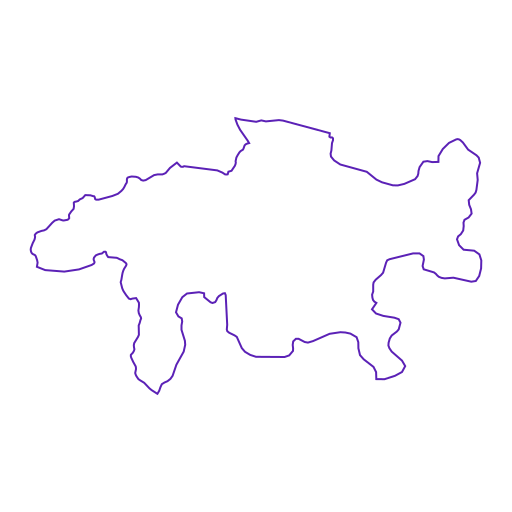 the Canton of Graubünden
{"feature_id": "CHE-170", "entity_name": "Graubünden", "entity_type": "Canton", "adm_level": 1, "iso_a3": "CHE", "parent_name": "Switzerland", "parent_adm1": "", "projection": "robinson", "projection_center": [9.485, 46.618], "detail": "fine", "context": "isolated", "style": "outline", "palette": "violet", "viewbox_px": 512, "rotation_deg": 0, "n_neighbors": 0, "source": "natural_earth", "source_scale": "10m", "svg_char_len": 4563}
<svg xmlns="http://www.w3.org/2000/svg" viewBox="0 0 512 512"><path d="M172.6,375.8L170.4,378.9L167.5,381.2L164.5,382.5L161.8,384.2L160.4,387.3L159.2,390.8L157.4,393.8L157.2,393.7L151.6,390.1L149.4,388.3L144.2,382.8L140.1,380.3L138.4,379.1L136.5,376.3L135.7,374.7L135.2,373.0L136.0,369.1L135.9,367.5L135.7,366.4L133.2,361.9L131.2,357.6L130.8,356.1L130.9,354.8L132.9,352.7L134.0,350.7L134.4,349.2L134.0,347.3L133.8,345.2L134.2,343.1L138.0,336.9L138.9,334.8L138.7,325.5L139.7,322.9L140.5,319.9L141.1,318.6L140.9,317.3L139.7,315.2L138.8,313.1L138.4,310.5L138.9,307.1L139.0,304.6L138.9,302.7L136.1,298.1L132.3,298.6L131.2,299.0L130.7,299.2L128.9,298.6L126.2,295.2L123.6,291.3L122.9,289.9L122.2,288.2L120.7,282.3L120.9,281.3L121.3,280.1L121.6,278.4L122.2,274.8L122.6,272.8L123.3,270.6L124.1,268.8L126.0,265.8L126.5,264.6L126.3,263.6L125.7,262.9L122.4,260.2L119.6,259.2L117.9,258.3L116.7,257.8L108.2,257.1L107.0,255.4L106.3,253.9L106.0,252.2L105.3,251.7L103.9,251.8L101.9,253.5L99.5,253.9L97.5,254.6L95.8,255.4L94.0,257.6L93.6,259.1L93.9,260.5L94.4,261.5L94.5,262.5L94.0,263.5L91.6,265.0L79.0,269.4L64.3,271.6L45.2,270.1L36.9,266.8L37.6,262.6L37.1,260.1L35.8,256.3L35.2,255.3L34.2,254.7L33.1,254.2L32.3,253.7L31.5,252.7L31.0,251.5L30.7,249.7L30.9,248.0L32.7,243.2L34.5,239.6L34.9,238.0L35.1,236.8L34.9,236.0L34.8,235.0L35.7,233.7L37.4,232.4L41.5,230.9L44.0,230.4L46.4,229.2L52.2,222.8L54.7,220.6L59.0,219.2L62.7,220.4L63.7,220.5L67.5,219.8L68.3,219.3L69.2,218.2L69.0,215.4L69.0,215.0L69.3,214.3L71.3,211.4L73.6,208.9L74.0,206.3L73.8,202.7L74.5,201.9L76.4,201.5L78.1,201.0L79.8,199.4L82.6,198.1L85.3,195.1L90.4,195.3L93.0,196.1L94.2,196.3L94.7,197.1L95.2,199.1L96.2,199.7L98.5,199.7L112.3,196.0L117.9,193.8L121.4,190.9L123.2,188.9L124.5,186.7L125.2,185.2L125.9,183.9L126.6,182.9L126.9,181.9L126.9,179.5L127.1,178.4L127.7,177.6L129.3,177.0L131.7,176.5L135.9,176.8L138.2,177.5L140.0,178.7L141.2,180.0L143.2,180.6L145.7,180.1L154.1,175.1L157.7,174.4L162.4,174.4L164.5,173.6L165.8,172.9L170.0,167.9L176.9,162.6L180.8,166.6L181.7,166.8L183.0,166.8L184.1,166.2L217.3,170.4L222.4,172.6L225.1,174.4L226.9,174.5L227.7,174.3L228.4,171.7L231.5,170.8L234.8,165.9L235.5,164.2L235.8,162.6L235.6,161.2L236.4,157.5L237.7,155.1L239.4,152.4L240.6,151.1L243.0,149.6L243.6,148.3L244.6,145.4L245.7,144.3L247.2,143.6L249.1,143.1L247.7,140.7L240.1,129.8L237.4,124.6L235.5,119.4L235.4,118.2L241.0,119.6L249.3,120.8L256.2,121.8L261.3,120.4L265.9,121.4L278.9,120.1L283.0,120.6L329.8,133.2L329.4,136.7L330.5,137.5L332.0,137.4L333.0,138.3L333.0,140.2L332.0,143.1L331.4,150.4L330.6,153.7L331.0,156.6L334.1,160.4L340.3,164.5L366.8,171.8L376.4,179.6L382.0,182.3L392.8,185.3L396.2,185.4L397.9,185.4L404.3,183.9L415.1,179.2L417.6,176.0L418.3,173.6L418.5,171.0L419.6,167.1L423.4,161.7L427.4,161.1L432.2,162.1L438.4,161.9L438.5,156.1L442.8,149.0L449.0,142.9L456.2,139.4L457.6,139.1L459.0,139.4L460.3,140.1L462.9,142.5L468.1,149.6L476.5,155.3L478.7,157.6L480.1,162.8L477.1,173.3L477.7,179.9L476.4,189.9L475.6,192.6L474.1,194.6L468.7,200.2L469.2,204.8L471.0,209.3L471.6,213.6L468.6,217.5L464.5,219.8L463.5,222.6L463.7,226.1L463.2,230.5L460.8,234.2L458.1,236.4L457.0,239.3L459.1,245.2L463.6,249.7L474.2,250.7L479.4,254.4L481.3,260.4L481.1,268.4L479.2,276.0L477.7,278.2L475.8,281.0L471.3,281.7L453.4,277.7L444.8,278.4L441.6,277.9L438.8,276.8L437.2,275.4L435.9,273.9L434.0,272.4L423.7,269.3L422.6,266.0L423.9,259.6L423.4,256.1L419.5,253.4L413.1,253.4L389.6,259.2L387.2,260.3L386.1,262.6L383.1,272.7L381.0,275.1L375.7,279.7L373.6,282.4L373.2,284.7L373.2,291.5L372.1,294.7L372.4,297.6L373.0,299.9L374.3,301.6L376.4,302.9L372.0,309.3L376.0,313.5L383.3,315.9L394.4,317.7L398.7,319.2L400.5,322.7L398.7,329.4L396.9,331.5L391.7,335.5L389.8,338.5L388.6,342.7L388.4,345.5L389.4,348.2L391.7,351.6L402.0,360.6L405.2,366.1L402.0,372.0L395.0,375.8L384.5,379.2L376.3,379.1L376.1,372.1L373.5,366.9L363.7,359.3L360.0,355.1L358.4,348.3L358.3,342.2L356.6,337.2L350.4,333.6L345.3,332.5L340.4,332.2L329.6,333.8L313.0,341.1L307.9,342.6L304.7,342.0L298.6,338.8L295.9,338.8L293.2,341.4L292.7,344.9L293.1,348.4L293.0,350.9L289.2,355.4L284.6,357.0L256.0,356.8L250.2,354.9L245.0,351.8L241.8,348.1L236.8,336.9L234.6,335.4L229.1,332.7L227.3,331.2L226.8,329.5L227.2,324.8L225.7,295.1L224.9,293.2L223.0,293.5L218.9,296.1L217.3,298.0L216.4,300.2L215.2,302.1L212.5,303.0L210.6,302.3L204.2,297.1L204.1,293.3L199.1,292.2L187.0,293.5L182.3,297.2L178.0,304.7L176.0,312.3L178.4,316.4L181.7,318.4L182.2,321.5L181.5,325.4L181.5,329.8L184.9,340.8L185.2,344.8L183.7,351.6L176.4,364.7L172.6,375.8Z" fill="none" stroke="#5b21b6" stroke-width="2"/></svg>